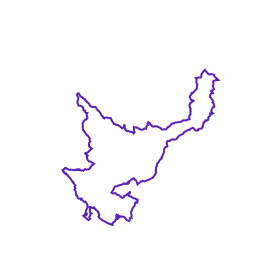 Sasciori, Alba, Romania (Robinson projection), rotated 220°
{"feature_id": "2599482B91452877532822", "entity_name": "Sasciori", "entity_type": "district", "adm_level": 2, "iso_a3": "ROU", "parent_name": "Romania", "parent_adm1": "Alba", "projection": "robinson", "projection_center": [23.57, 45.799], "detail": "fine", "context": "isolated", "style": "outline", "palette": "violet", "viewbox_px": 256, "rotation_deg": 220, "n_neighbors": 0, "source": "geoboundaries", "source_scale": "gbopen_adm2", "svg_char_len": 5676}
<svg xmlns="http://www.w3.org/2000/svg" viewBox="0 0 256 256"><g transform="rotate(220 128 128)"><path d="M165.8,102.5L161.3,97.6L159.9,97.6L158.3,96.9L155.9,96.5L155.0,96.0L154.2,96.4L150.5,95.4L149.7,94.0L148.1,93.4L148.1,91.2L146.2,89.0L142.4,89.0L143.1,83.8L143.4,83.1L143.5,82.0L144.4,81.6L144.2,80.8L141.1,81.0L141.1,79.4L138.3,77.5L136.2,77.4L135.0,78.2L131.0,78.8L131.3,76.9L131.7,76.5L131.7,75.7L131.4,75.3L131.6,73.3L131.3,73.0L131.5,71.4L133.1,69.3L134.4,69.0L134.5,67.6L135.2,66.7L135.0,66.4L136.0,66.1L136.5,65.4L138.5,64.8L138.4,64.3L138.7,64.2L138.9,64.9L139.7,64.4L140.6,63.4L140.1,63.1L141.7,61.8L141.8,61.3L143.7,60.3L146.5,58.0L150.5,57.2L150.6,56.1L150.3,56.2L151.1,53.7L148.5,53.1L148.7,52.8L146.5,52.7L146.1,53.2L145.7,52.8L143.8,53.1L143.6,52.7L140.9,52.5L137.6,51.7L136.4,51.1L135.2,51.5L135.0,50.9L131.5,50.2L131.4,49.1L130.2,48.1L129.5,48.0L129.4,46.6L127.5,45.8L124.4,43.2L124.0,43.5L122.9,43.2L122.6,42.7L121.7,42.2L120.6,42.1L118.4,43.8L118.4,43.1L117.9,42.8L117.2,43.3L113.8,43.3L112.9,43.7L112.9,44.1L110.9,43.6L109.3,42.8L108.5,41.5L108.1,41.6L107.2,38.2L105.9,35.4L104.4,36.0L104.0,34.9L104.7,34.8L104.4,34.0L105.4,33.6L105.8,32.0L99.1,32.0L98.7,33.3L98.7,34.2L100.0,34.5L100.7,35.5L100.6,36.4L101.4,37.8L101.0,39.1L103.3,39.2L103.9,40.2L104.5,40.5L104.8,41.3L106.5,42.6L106.5,42.8L106.0,42.9L105.7,43.6L104.4,43.7L103.0,44.2L103.0,45.3L99.5,44.6L96.9,44.7L96.5,44.0L95.7,44.0L94.7,43.5L93.8,42.1L93.7,41.1L91.4,40.6L90.1,40.9L87.9,40.8L86.5,41.4L84.4,41.6L79.6,42.9L79.7,43.2L78.7,43.3L77.5,43.9L78.7,45.3L78.1,48.2L78.3,49.5L78.6,49.7L78.5,50.5L77.6,51.5L77.3,53.2L77.7,54.6L78.0,54.2L77.6,53.9L77.9,53.1L78.1,53.0L77.9,53.6L78.1,53.6L78.5,52.8L80.0,52.5L80.3,53.1L79.2,53.1L79.6,53.0L78.9,52.9L78.4,53.3L78.6,53.8L78.4,54.0L80.3,53.5L80.2,53.9L80.7,54.5L79.5,54.9L77.4,54.8L75.5,56.1L75.5,56.5L75.2,56.8L73.9,57.4L69.4,56.7L67.3,57.4L67.2,58.1L68.6,60.6L68.2,61.3L67.6,61.5L68.1,61.8L69.0,63.5L70.6,64.4L71.9,66.0L72.0,67.4L73.0,69.4L73.0,72.8L74.4,75.0L74.3,76.0L72.9,76.7L74.1,79.0L74.6,79.3L75.3,79.1L75.6,78.5L76.7,78.7L79.3,77.6L82.0,77.4L83.1,76.7L85.4,76.5L84.7,78.9L85.1,80.0L85.4,80.1L86.2,75.1L87.3,73.6L86.6,72.4L87.2,71.0L88.2,70.6L91.8,70.7L93.9,69.7L95.2,70.1L96.3,69.6L96.9,68.5L98.4,67.8L99.2,67.9L99.4,71.0L100.4,74.3L100.2,75.2L98.9,76.4L98.6,77.5L96.6,80.3L95.9,81.6L95.6,83.0L93.9,83.5L93.7,84.6L92.7,84.6L92.7,85.0L92.3,85.2L92.5,85.6L92.0,86.5L92.5,87.1L93.2,87.1L92.1,90.5L92.2,91.0L91.3,93.2L89.5,92.7L88.7,93.0L87.6,92.8L84.4,90.9L83.6,95.7L82.9,96.2L82.8,96.8L80.9,97.9L79.4,100.9L79.0,101.2L77.6,104.9L77.1,105.5L77.3,105.8L76.9,106.3L77.2,106.9L77.2,110.1L77.7,110.8L77.8,112.1L79.4,112.9L79.5,113.6L81.1,115.7L81.6,117.9L82.4,118.5L82.8,119.5L82.5,121.1L83.0,122.8L83.1,124.6L82.6,126.3L83.1,127.1L83.6,127.3L83.6,128.2L84.7,132.1L87.0,135.6L87.1,136.4L86.8,137.8L86.1,138.7L86.3,139.6L88.7,141.3L89.1,142.0L89.3,143.4L88.0,144.7L87.5,145.6L87.6,146.2L86.8,147.7L85.8,148.6L85.2,148.7L84.2,149.9L83.8,150.8L83.9,154.1L83.6,155.7L81.9,159.6L82.3,160.4L82.2,161.0L81.3,163.8L79.4,166.6L79.7,167.0L79.6,167.6L79.0,168.6L78.8,169.5L77.8,170.0L75.0,169.4L74.2,169.7L72.8,171.2L72.8,171.5L73.4,172.0L72.8,173.4L71.3,174.9L71.7,177.4L72.3,178.1L72.9,179.7L73.8,180.6L73.2,181.3L73.6,183.5L72.4,184.1L72.5,185.2L71.9,185.6L71.8,186.1L73.4,188.0L73.3,188.8L72.9,189.4L72.9,190.4L74.1,191.7L73.5,191.8L72.8,192.5L72.8,193.4L72.4,193.9L74.6,193.9L75.4,194.9L76.4,198.4L75.5,199.7L77.2,201.2L78.4,201.9L79.3,201.9L79.1,202.4L79.4,202.9L84.2,204.5L85.2,204.4L86.1,206.0L86.5,207.5L85.2,209.4L86.0,209.8L88.2,209.7L87.1,213.1L90.0,214.6L90.1,215.5L91.0,216.9L92.6,218.0L92.6,219.2L92.0,220.1L91.8,220.9L89.7,222.8L95.0,223.2L96.2,224.0L97.9,223.4L99.2,222.5L99.9,221.3L100.6,221.0L105.2,221.5L106.4,222.0L106.5,220.1L106.2,216.2L104.7,214.1L104.8,213.2L106.2,212.3L107.2,210.7L108.2,209.8L107.0,209.3L104.9,206.8L102.7,205.8L102.2,204.5L100.7,202.6L100.4,201.3L100.9,200.5L100.7,200.0L100.8,197.5L101.3,196.3L101.1,196.1L101.8,195.7L101.1,194.7L100.9,191.7L99.1,190.6L97.5,190.1L96.4,190.4L95.8,191.1L95.2,190.9L96.4,186.6L95.9,186.1L95.3,184.5L94.6,184.3L93.5,183.2L92.3,183.0L91.6,181.5L90.6,181.0L90.3,180.0L88.9,178.8L88.7,176.1L86.5,174.3L88.0,172.1L88.2,171.2L89.2,170.7L91.0,168.9L90.9,168.0L91.6,166.5L95.1,162.8L96.1,160.6L96.9,160.1L97.3,158.6L97.1,156.6L98.0,154.9L97.6,154.5L98.1,152.9L97.9,152.0L98.4,150.9L99.3,150.5L99.9,149.5L101.1,148.6L102.5,148.9L106.5,148.0L108.7,146.6L109.1,145.6L110.5,144.9L111.8,145.2L112.9,144.9L114.4,145.8L116.2,145.6L115.7,143.6L114.7,143.0L115.0,142.5L115.0,141.8L113.7,139.0L115.1,138.1L115.9,135.7L117.7,134.8L121.0,134.2L122.2,133.7L122.6,133.1L124.1,132.6L122.2,130.2L120.5,129.4L120.2,128.8L120.5,128.6L120.2,128.1L120.3,127.4L121.0,127.8L122.5,127.5L124.5,126.2L126.2,125.9L126.5,125.1L127.1,124.8L128.1,124.8L128.9,125.5L129.7,125.2L132.4,127.9L132.8,127.8L132.7,127.3L131.6,126.6L132.2,124.1L134.4,123.9L135.3,124.2L136.7,123.7L137.3,123.8L138.3,123.5L139.0,122.7L140.3,122.7L141.3,122.1L145.0,123.2L147.5,124.4L148.7,123.5L150.1,123.0L152.1,121.2L152.5,120.7L152.4,120.2L153.5,119.9L154.7,120.6L156.6,120.6L157.1,121.1L160.4,122.1L161.1,122.3L161.9,121.9L166.3,123.2L168.7,121.3L170.3,120.6L173.0,121.2L173.6,121.7L175.7,121.5L177.4,122.0L178.3,121.7L179.2,122.4L181.0,122.0L182.8,122.2L184.6,121.7L187.8,122.8L188.8,122.1L188.5,120.7L187.9,120.2L185.9,119.5L184.9,118.6L184.2,117.1L184.2,116.4L183.4,115.3L180.3,113.3L178.6,114.5L176.9,114.9L175.4,114.8L173.3,113.0L171.9,113.6L171.0,112.7L170.0,112.6L168.8,113.3L168.6,112.1L166.9,110.4L165.5,109.8L165.5,107.6L166.2,106.8L166.1,105.3L166.3,104.8L165.8,102.5Z" fill="none" stroke="#5b21b6" stroke-width="2"/></g></svg>